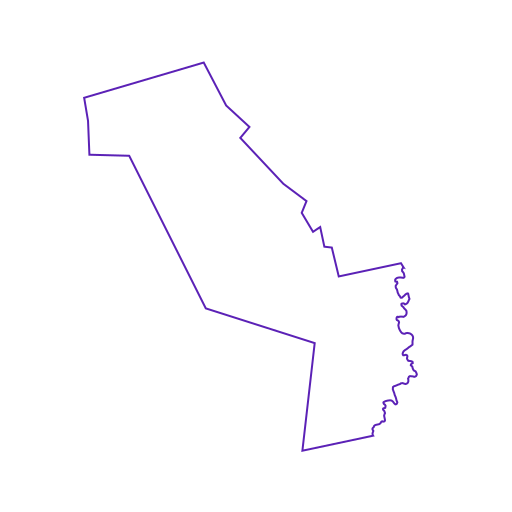 Ulang, Upper Nile, South Sudan (Albers equal-area conic projection), rotated 348°
{"feature_id": "79223893B95619836669451", "entity_name": "Ulang", "entity_type": "district", "adm_level": 2, "iso_a3": "SSD", "parent_name": "South Sudan", "parent_adm1": "Upper Nile", "projection": "albers", "projection_center": [33.135, 8.552], "detail": "fine", "context": "isolated", "style": "outline", "palette": "violet", "viewbox_px": 512, "rotation_deg": 348, "n_neighbors": 0, "source": "geoboundaries", "source_scale": "gbopen_adm2", "svg_char_len": 3343}
<svg xmlns="http://www.w3.org/2000/svg" viewBox="0 0 512 512"><g transform="rotate(348 256 256)"><path d="M333.1,456.1L333.0,455.9L333.0,454.1L333.4,453.1L334.2,451.9L334.4,451.3L334.0,450.4L333.9,449.4L334.4,448.6L335.6,447.8L336.3,446.7L337.4,446.2L338.4,446.1L340.2,446.1L341.5,446.1L342.9,445.5L343.9,444.4L344.5,444.0L345.3,444.0L345.7,444.4L346.6,444.5L347.3,444.4L347.9,443.8L348.1,442.7L348.1,441.7L348.1,439.8L348.1,438.9L348.5,438.1L348.9,437.3L349.5,436.6L349.5,436.0L349.2,434.1L348.4,432.8L348.4,432.0L348.9,431.5L349.9,431.4L350.8,431.4L351.3,430.4L351.6,429.4L351.2,428.2L350.4,427.4L350.2,426.6L350.1,426.0L350.4,425.5L351.3,425.2L352.5,424.9L354.6,424.8L357.1,425.0L358.6,425.6L359.7,426.9L360.6,428.9L361.5,430.1L362.4,430.1L363.0,429.8L363.8,428.6L363.7,427.6L363.4,426.6L363.4,424.6L363.2,422.7L362.8,420.9L362.7,418.7L362.4,417.0L362.1,414.7L362.5,413.5L362.7,412.7L363.9,412.1L365.2,412.0L366.9,411.7L368.2,411.4L370.3,411.2L371.1,410.7L373.0,410.8L374.4,411.7L375.6,412.3L376.8,412.2L377.8,411.8L378.3,411.3L378.9,410.4L379.3,408.8L379.2,407.7L379.9,406.8L380.5,405.9L381.6,405.5L382.5,405.8L384.5,406.4L385.6,407.1L386.8,407.0L387.6,406.7L388.1,406.2L388.7,405.2L388.6,404.0L388.3,402.7L388.0,401.9L387.2,401.3L386.5,400.7L386.0,399.0L385.9,397.9L385.9,396.7L385.5,396.1L384.7,395.1L385.0,394.3L385.8,393.7L387.0,393.4L387.1,392.9L387.1,392.0L386.2,391.3L384.5,390.6L383.2,390.2L382.5,388.6L382.4,387.4L383.2,385.8L383.2,384.7L382.5,384.2L382.1,383.8L381.1,383.8L380.2,383.9L379.4,383.7L379.1,383.1L379.1,382.2L379.3,381.6L380.1,380.4L380.7,379.8L382.2,379.0L383.9,378.4L385.4,377.7L386.6,377.0L387.8,376.6L389.3,375.9L390.6,375.3L390.8,374.7L391.0,373.6L391.4,371.8L391.9,370.6L392.5,369.3L392.8,367.9L392.5,366.3L391.8,365.1L390.5,363.8L389.2,363.2L387.9,362.7L387.0,362.7L386.3,362.7L385.5,363.0L384.9,362.9L384.1,362.6L383.0,362.0L382.2,360.9L381.4,358.9L380.9,356.8L380.8,356.0L380.8,354.7L380.8,353.4L381.5,351.9L382.1,350.8L382.1,349.7L381.7,348.9L380.5,347.9L380.3,347.1L380.6,345.8L381.4,344.9L382.1,344.9L382.6,345.3L382.9,345.5L383.2,345.3L383.6,345.2L385.1,345.4L386.3,345.7L387.7,346.2L389.1,345.7L390.1,345.2L390.6,344.7L391.2,343.8L391.6,342.4L391.7,340.9L391.1,339.6L390.0,338.0L389.6,336.8L388.1,334.8L388.1,333.9L388.2,333.2L388.6,332.9L390.0,332.9L390.7,333.1L391.2,333.7L391.6,334.3L392.1,334.3L393.2,334.0L394.3,333.5L395.4,332.3L396.5,330.7L397.2,329.9L397.0,328.0L397.0,326.7L397.0,325.1L397.0,324.4L396.5,324.1L395.9,324.1L394.3,324.6L393.0,325.5L391.3,326.4L390.1,327.1L389.2,327.0L388.8,326.8L388.5,325.7L388.3,325.0L387.6,324.0L387.4,322.8L387.0,321.3L387.0,319.6L386.9,318.0L386.3,316.6L386.2,315.6L386.4,314.3L387.7,312.9L388.6,312.2L388.7,311.4L388.6,310.5L387.9,310.3L387.0,309.9L387.0,309.1L387.2,308.2L387.8,307.5L389.3,306.8L390.6,306.7L391.8,306.8L393.1,307.1L394.5,307.6L395.6,308.0L396.1,307.9L396.6,307.7L397.0,307.1L397.0,306.0L397.0,305.3L397.0,304.1L396.8,303.1L396.3,302.1L395.8,301.3L395.9,300.4L396.0,299.6L396.5,299.0L397.1,298.5L397.4,297.7L397.6,297.5L397.9,297.7L396.3,293.2L332.7,293.2L331.9,263.5L324.8,261.1L324.8,241.0L316.8,244.2L309.7,223.3L316.8,212.8L297.8,191.1L265.2,137.2L276.4,128.4L258.1,102.6L245.1,55.9L120.8,65.5L119.8,88.9L114.1,122.3L152.8,131.6L196.0,296.8L295.3,353.4L260.9,456.1L333.1,456.1Z" fill="none" stroke="#5b21b6" stroke-width="2"/></g></svg>